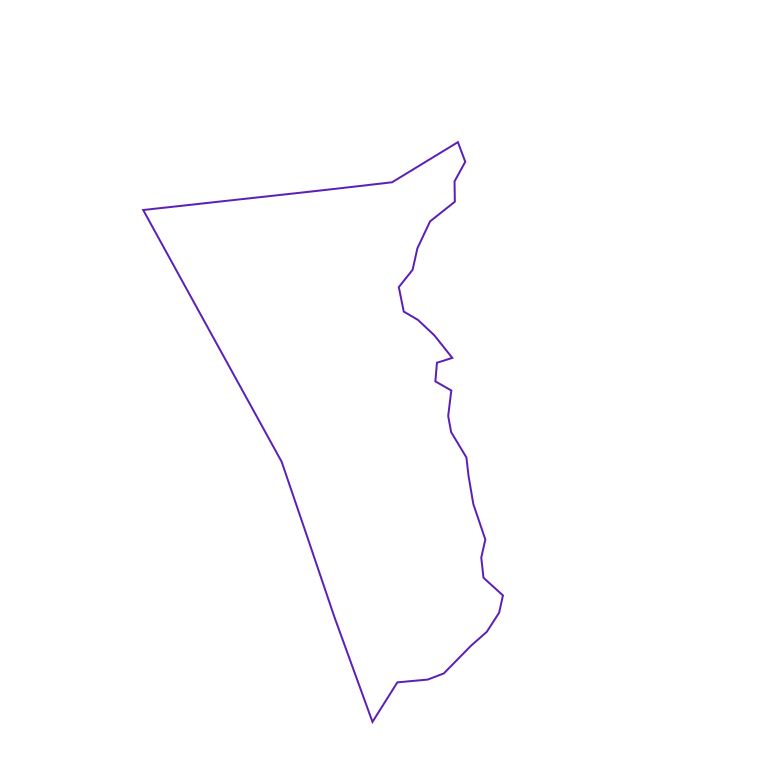 Passa e Fica, Paraíba, Brazil, rotated 237°
{"feature_id": "56859067B33665555253781", "entity_name": "Passa e Fica", "entity_type": "district", "adm_level": 2, "iso_a3": "BRA", "parent_name": "Brazil", "parent_adm1": "Paraíba", "projection": "natural_earth1", "projection_center": [-35.625, -6.449], "detail": "fine", "context": "isolated", "style": "outline", "palette": "violet", "viewbox_px": 768, "rotation_deg": 237, "n_neighbors": 0, "source": "geoboundaries", "source_scale": "gbopen_adm2", "svg_char_len": 646}
<svg xmlns="http://www.w3.org/2000/svg" viewBox="0 0 768 768"><g transform="rotate(237 384 384)"><path d="M106.9,190.3L126.5,232.7L112.3,259.7L108.7,276.5L117.1,314.3L120.2,335.3L129.5,356.0L141.9,368.6L167.3,361.9L185.4,371.0L198.4,384.3L234.6,393.5L261.2,405.0L277.5,413.1L307.1,414.1L322.2,420.4L341.9,436.9L358.2,428.5L373.0,440.0L368.7,455.5L397.4,452.7L419.2,447.4L434.0,440.0L457.2,449.2L464.2,470.2L479.6,485.9L495.3,511.2L498.3,542.7L515.5,553.5L526.1,573.2L546.6,577.7L548.8,500.6L578.4,441.1L661.1,276.8L527.9,267.0L460.6,262.1L374.5,255.8L300.8,237.2L215.6,215.5L106.9,190.3Z" fill="none" stroke="#5b21b6" stroke-width="2"/></g></svg>